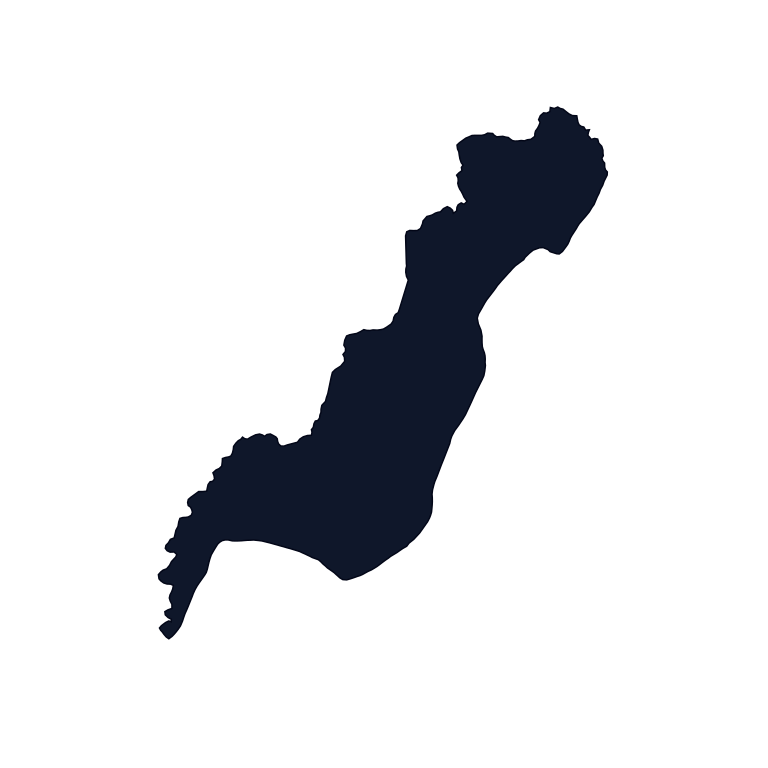 Itapiratins, Tocantins, Brazil, rotated 211°
{"feature_id": "56859067B41271954080984", "entity_name": "Itapiratins", "entity_type": "district", "adm_level": 2, "iso_a3": "BRA", "parent_name": "Brazil", "parent_adm1": "Tocantins", "projection": "robinson", "projection_center": [-48.008, -8.299], "detail": "fine", "context": "isolated", "style": "filled", "palette": "ink", "viewbox_px": 768, "rotation_deg": 211, "n_neighbors": 0, "source": "geoboundaries", "source_scale": "gbopen_adm2", "svg_char_len": 5692}
<svg xmlns="http://www.w3.org/2000/svg" viewBox="0 0 768 768"><g transform="rotate(211 384 384)"><path d="M437.2,54.8L435.7,58.5L435.0,61.5L434.5,64.5L434.1,67.9L433.9,71.8L434.6,76.9L435.5,80.8L436.3,84.7L436.7,88.1L437.2,91.7L437.8,95.5L438.5,99.9L439.0,103.1L439.6,106.2L440.1,110.6L440.2,114.7L440.0,118.5L439.7,122.3L439.5,125.1L439.3,127.9L439.3,130.9L440.0,134.0L441.1,137.4L442.2,140.8L443.2,144.4L444.1,148.6L444.2,152.9L444.2,156.8L444.1,161.1L443.4,163.7L442.1,166.3L439.8,168.6L437.2,170.1L433.3,171.4L430.1,173.2L427.9,174.6L425.5,176.2L423.0,178.0L420.9,179.5L418.1,181.3L415.3,183.2L413.1,184.2L411.0,185.2L407.8,186.6L403.9,187.8L400.4,188.9L397.9,189.6L395.3,190.3L392.5,191.1L389.4,191.9L385.9,192.9L382.8,193.7L379.7,194.6L376.5,195.4L372.9,196.3L370.0,197.0L367.0,197.3L363.8,197.7L361.4,197.9L358.8,198.2L356.2,198.3L353.2,198.9L349.7,199.6L346.6,199.1L343.6,198.3L340.4,197.8L337.8,197.2L334.5,197.0L331.7,196.8L329.4,196.6L327.1,196.1L324.9,195.7L322.1,195.1L318.6,195.1L315.1,196.9L312.4,199.8L310.0,202.6L307.8,205.3L306.0,207.3L304.3,209.7L303.0,212.0L301.2,215.1L299.1,218.1L297.6,220.9L296.1,223.8L295.0,226.4L293.6,230.0L292.0,233.9L290.6,236.9L289.6,239.6L287.8,243.0L286.1,246.2L284.7,249.4L283.2,252.7L281.0,256.6L280.6,260.5L278.5,266.1L276.7,274.8L275.9,285.7L275.7,288.3L276.0,292.8L276.5,295.6L277.3,298.7L279.1,302.5L280.5,305.3L282.0,308.1L284.1,311.5L286.1,314.3L287.9,318.3L289.5,323.7L290.2,326.5L291.0,332.0L293.2,344.1L294.2,350.4L297.0,366.8L298.4,371.0L299.1,374.6L299.4,380.6L298.8,386.9L298.4,394.7L298.4,399.6L299.5,410.5L299.9,414.1L301.1,424.0L302.2,438.6L302.7,442.6L304.3,447.0L306.6,452.1L308.5,454.6L310.0,457.4L312.0,460.3L314.1,462.5L317.0,464.8L318.9,466.6L321.1,469.7L323.4,473.4L324.6,475.5L328.7,480.1L334.1,484.1L338.0,488.5L339.1,492.8L339.2,498.8L339.4,505.3L339.3,509.2L338.6,515.1L338.0,520.3L337.7,523.5L337.5,526.9L336.5,532.8L335.1,539.8L334.6,542.6L333.9,545.6L333.3,549.0L332.3,553.0L329.5,559.8L328.3,562.5L328.3,565.2L326.8,570.9L325.1,575.6L320.9,580.8L317.8,582.9L312.5,583.7L309.7,583.0L303.0,584.6L300.8,585.7L299.3,589.5L298.7,595.5L298.5,598.5L298.8,601.7L299.4,605.0L299.5,608.0L299.2,616.3L299.3,619.0L299.2,622.0L298.3,627.3L297.6,631.1L296.7,637.3L296.7,642.6L296.4,646.0L297.6,654.2L297.9,658.3L298.7,662.2L298.9,667.0L299.8,671.3L300.3,678.0L301.8,680.8L304.4,681.6L306.4,683.4L308.7,687.0L311.3,687.9L313.6,689.8L313.6,692.6L315.1,694.5L316.8,697.2L319.8,699.9L324.0,701.1L327.0,704.0L330.0,702.9L332.4,700.4L334.9,701.4L337.3,702.1L338.4,705.0L338.9,707.7L341.9,705.5L345.1,707.2L347.6,706.4L350.2,706.6L352.5,708.2L354.6,710.5L356.9,713.2L360.8,711.1L364.4,710.8L368.0,711.2L372.1,711.8L375.1,710.9L377.7,710.9L379.9,707.9L383.8,706.7L382.1,702.9L384.1,699.9L386.9,698.6L388.2,694.5L387.6,690.2L384.9,688.6L384.3,685.4L384.1,682.4L384.4,678.9L383.7,676.5L382.3,673.9L384.1,669.4L386.9,667.2L388.8,664.8L391.9,663.3L394.2,661.4L396.8,659.7L399.1,658.8L401.5,658.9L404.4,659.3L406.9,658.3L409.7,657.5L412.2,655.7L414.7,653.9L417.7,654.0L419.9,654.7L424.4,652.4L426.1,649.5L428.4,647.4L431.3,645.7L434.1,644.0L436.6,642.3L438.4,639.7L440.5,636.9L442.3,632.7L443.6,629.7L444.5,626.4L442.0,623.3L439.5,621.6L437.5,619.1L434.9,616.1L431.8,613.5L429.0,612.3L429.2,609.5L427.1,607.0L428.5,603.7L429.3,600.4L426.8,598.9L425.1,596.5L424.1,594.0L422.0,591.9L419.5,590.1L417.2,589.0L414.4,587.3L411.7,585.4L409.7,584.5L406.9,583.3L407.9,579.3L411.1,579.0L412.7,575.9L412.5,573.1L410.9,569.8L412.5,566.0L414.7,568.2L417.8,568.9L421.1,568.6L423.4,564.9L424.3,560.6L426.2,559.0L428.0,556.9L429.7,553.8L431.4,551.8L433.5,549.7L434.0,546.6L434.5,543.9L433.5,541.1L432.8,536.1L434.5,532.7L438.0,530.5L441.0,528.9L442.9,526.2L441.8,522.1L426.9,498.8L425.4,496.8L424.5,493.9L422.9,491.0L420.1,487.8L416.7,485.6L409.3,456.0L408.6,452.4L410.0,449.5L409.9,446.2L408.6,442.6L408.8,439.0L410.0,436.3L411.1,433.9L412.8,430.8L414.8,428.9L417.4,426.8L421.3,424.7L423.5,422.7L426.4,421.1L429.3,420.2L431.0,417.0L433.4,413.3L436.6,410.5L438.8,408.5L440.8,405.9L440.2,401.3L438.4,396.6L435.5,395.0L433.8,392.0L434.4,388.2L431.7,386.5L429.4,383.2L429.9,379.9L430.3,377.1L431.8,374.1L433.2,371.3L434.2,367.4L432.8,362.8L427.2,346.8L426.4,342.9L425.2,338.9L426.3,333.7L425.0,330.0L423.4,327.2L422.9,324.4L421.7,321.5L422.0,318.5L423.8,316.9L423.6,314.0L422.3,310.4L422.7,307.5L420.9,305.6L419.8,302.7L423.1,300.4L426.0,297.2L427.8,293.4L428.2,289.5L435.6,281.9L437.7,279.3L440.5,277.7L443.6,278.4L445.7,280.1L447.3,282.1L449.4,282.9L452.7,282.8L455.7,282.6L458.3,280.4L459.4,277.7L462.0,277.7L464.9,277.0L467.9,274.3L470.7,270.0L472.6,266.4L475.2,265.4L477.9,265.6L478.3,262.8L479.7,260.4L480.5,257.0L480.8,253.1L479.4,250.1L478.3,246.5L478.2,243.3L479.7,241.4L482.0,239.4L484.1,236.9L482.6,234.1L480.8,230.1L481.7,226.7L483.7,223.8L484.9,219.8L482.5,217.9L480.3,215.2L480.8,212.2L482.7,210.7L483.0,207.2L481.9,203.9L480.8,200.8L483.9,198.5L487.5,196.3L489.2,192.2L491.1,187.8L492.3,184.3L491.3,181.3L489.2,179.0L486.4,178.8L484.1,177.3L482.1,175.3L481.6,172.2L483.3,169.2L485.2,167.6L487.6,166.0L489.7,163.7L488.9,160.1L487.2,155.8L487.0,151.4L485.9,148.1L484.6,144.0L487.1,140.8L487.0,136.9L487.8,133.4L486.8,130.5L484.0,129.4L480.8,129.7L477.4,131.9L473.8,131.2L473.4,128.4L474.0,125.8L474.7,122.3L474.4,118.2L475.1,113.7L477.5,110.7L478.5,108.1L479.2,104.4L476.5,101.1L474.0,100.3L470.4,100.0L467.0,100.8L463.9,102.5L460.8,102.9L459.5,99.3L459.0,96.3L458.8,93.0L457.8,90.0L455.5,87.9L452.3,85.9L450.2,82.4L452.9,79.1L454.6,76.0L452.6,73.5L448.7,72.6L445.1,72.8L444.0,70.6L446.5,70.0L448.4,67.0L450.3,62.3L450.8,59.2L448.6,57.9L446.5,57.3L443.7,56.1L440.3,55.0L437.2,54.8Z" fill="#0f172a" stroke="#020617" stroke-width="1.5"/></g></svg>